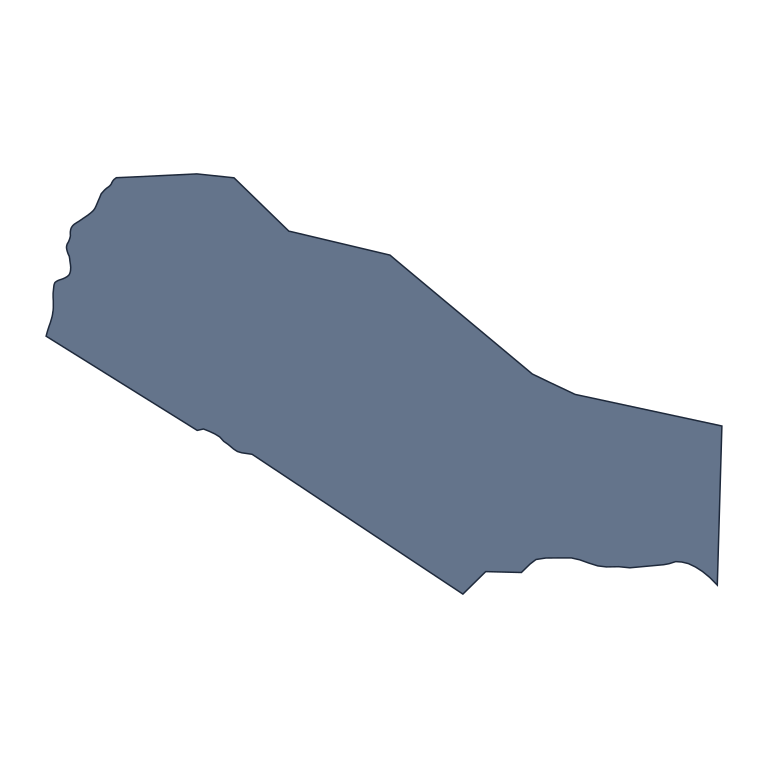 the district of Alubaren, Francisco Morazán, Honduras
{"feature_id": "27666195B63650973406682", "entity_name": "Alubaren", "entity_type": "district", "adm_level": 2, "iso_a3": "HND", "parent_name": "Honduras", "parent_adm1": "Francisco Morazán", "projection": "mercator", "projection_center": [-87.513, 13.786], "detail": "fine", "context": "isolated", "style": "filled", "palette": "slate", "viewbox_px": 768, "rotation_deg": 0, "n_neighbors": 0, "source": "geoboundaries", "source_scale": "gbopen_adm2", "svg_char_len": 4928}
<svg xmlns="http://www.w3.org/2000/svg" viewBox="0 0 768 768"><path d="M717.3,585.1L721.9,426.0L575.1,394.4L549.3,382.2L532.3,374.0L460.2,313.8L446.5,302.4L398.0,261.9L390.0,255.1L290.6,231.5L288.9,231.2L234.0,177.8L196.9,173.9L130.2,177.1L116.3,177.7L116.1,177.9L115.8,178.1L115.5,178.3L115.3,178.5L115.0,178.7L114.8,178.9L114.5,179.1L114.2,179.3L114.0,179.5L113.8,179.7L113.7,179.9L113.6,180.0L113.3,180.3L113.2,180.5L112.9,180.8L112.8,181.0L112.7,181.2L112.5,181.4L112.4,181.6L112.3,181.8L112.2,182.1L112.1,182.3L111.9,182.5L111.7,182.9L111.6,183.3L111.5,183.5L111.4,183.7L111.3,183.9L111.2,184.1L111.0,184.3L110.9,184.5L110.6,184.9L110.5,185.1L110.3,185.2L110.1,185.4L110.0,185.6L109.8,185.8L109.7,185.9L109.5,186.1L109.3,186.2L109.1,186.4L109.0,186.5L108.8,186.7L108.6,186.8L108.4,187.0L108.2,187.1L108.0,187.3L107.7,187.4L107.5,187.6L107.2,187.8L106.9,188.0L106.6,188.2L106.3,188.5L106.1,188.7L105.8,188.9L105.6,189.1L105.3,189.3L105.1,189.6L104.8,189.8L104.4,190.2L103.5,191.2L102.7,192.1L101.6,193.3L101.4,193.5L101.2,193.8L100.7,195.0L100.3,196.0L99.4,198.2L98.4,200.4L97.5,202.6L96.5,204.9L96.1,205.9L95.6,206.9L95.5,207.1L95.4,207.3L95.3,207.6L95.2,207.8L95.1,208.0L94.8,208.4L94.7,208.6L94.6,208.8L94.5,209.0L94.3,209.2L94.2,209.3L94.0,209.7L93.8,209.9L93.6,210.1L93.4,210.4L93.2,210.6L93.0,210.8L92.8,211.1L92.5,211.3L92.3,211.5L92.1,211.7L91.9,211.9L91.6,212.1L91.4,212.3L90.4,213.2L88.8,214.4L88.3,214.8L87.7,215.3L86.9,215.8L85.6,216.7L84.4,217.5L83.7,218.0L83.0,218.4L82.4,218.9L81.7,219.4L80.6,220.1L79.5,220.9L79.0,221.2L78.6,221.5L78.2,221.7L77.7,222.0L76.7,222.6L75.1,223.7L74.9,223.8L74.7,223.9L74.6,224.0L74.4,224.1L74.1,224.4L74.0,224.5L73.8,224.6L73.7,224.8L73.4,225.0L73.2,225.2L73.0,225.4L72.9,225.5L72.6,225.8L72.4,226.1L72.2,226.4L72.1,226.5L71.9,226.9L71.7,227.1L71.5,227.4L71.4,227.6L71.3,227.9L71.2,228.1L71.1,228.4L71.0,228.6L70.9,228.9L70.8,229.1L70.7,229.4L70.7,229.7L70.6,230.0L70.6,230.3L70.5,230.6L70.5,230.9L70.4,231.2L70.4,231.5L70.3,231.8L70.3,232.1L70.3,232.4L70.3,232.7L70.3,233.0L70.3,233.5L70.3,233.9L70.3,234.1L70.3,234.3L70.3,234.5L70.4,234.9L70.4,235.1L70.4,235.4L70.4,235.6L70.4,235.8L70.3,236.0L70.3,236.4L70.3,236.6L70.2,236.8L70.2,237.0L70.1,237.4L70.0,237.5L70.0,237.8L69.8,238.3L69.7,238.7L69.5,239.2L69.4,239.6L69.2,240.1L68.9,240.8L68.8,241.0L68.7,241.4L68.6,241.6L68.5,241.8L68.4,241.9L68.3,242.1L68.2,242.3L68.0,242.7L67.9,242.8L67.7,243.1L67.6,243.3L67.5,243.5L67.4,243.6L67.4,243.8L67.2,244.0L67.1,244.3L67.0,244.6L66.9,244.9L66.9,245.1L66.8,245.4L66.7,245.6L66.7,245.9L66.6,246.1L66.6,246.3L66.6,246.6L66.5,246.8L66.5,247.0L66.5,247.3L66.5,247.5L66.5,247.8L66.5,248.0L66.6,248.4L66.6,248.5L66.7,248.9L66.7,249.1L66.8,249.5L66.9,250.1L67.1,250.6L67.2,251.2L67.4,251.8L67.7,252.7L67.8,253.0L67.9,253.3L68.0,253.6L68.1,253.9L68.3,254.2L68.4,254.5L68.5,254.8L68.7,255.1L69.0,255.6L69.0,255.8L69.2,256.0L69.3,256.3L69.3,256.6L69.4,256.9L69.4,257.0L69.5,258.0L69.7,258.8L69.8,260.2L70.0,261.6L70.2,262.9L70.4,264.2L70.5,265.1L70.6,266.0L70.6,266.3L70.6,266.6L70.7,266.9L70.7,267.1L70.7,268.0L70.6,268.8L70.6,269.9L70.6,270.1L70.5,270.3L70.5,270.6L70.5,270.8L70.4,271.0L70.4,271.3L70.3,271.6L70.3,271.8L70.2,272.1L70.1,272.4L70.0,272.7L69.9,273.0L69.8,273.4L69.7,273.6L69.6,273.8L69.5,274.0L69.4,274.2L69.3,274.4L69.2,274.6L69.0,274.9L68.8,275.1L68.6,275.3L68.3,275.6L68.1,275.8L67.7,276.1L67.5,276.3L67.4,276.4L67.2,276.6L66.8,276.8L66.6,276.9L66.4,277.0L66.2,277.2L65.9,277.3L65.4,277.6L64.9,277.9L64.4,278.1L63.9,278.3L63.4,278.6L62.9,278.8L62.5,278.9L62.2,279.0L61.9,279.1L61.6,279.3L61.3,279.4L60.8,279.5L60.5,279.6L60.1,279.7L59.8,279.8L59.4,280.0L59.1,280.1L58.7,280.2L58.5,280.3L58.2,280.4L58.0,280.5L57.8,280.6L57.6,280.8L57.3,280.9L57.1,281.0L56.9,281.1L56.7,281.2L56.5,281.4L56.3,281.5L56.1,281.6L55.9,281.8L55.6,282.0L55.3,282.2L55.2,282.3L55.0,282.6L54.9,282.7L54.8,282.8L54.7,283.0L54.6,283.3L54.5,283.6L54.4,283.8L54.3,284.1L54.2,284.3L54.1,284.7L54.0,285.2L53.9,285.6L53.9,286.1L53.8,286.5L53.7,287.4L53.4,290.4L53.1,293.3L53.1,293.8L53.1,294.2L53.1,294.6L53.1,295.0L53.1,295.5L53.1,297.2L53.2,299.2L53.3,300.8L53.3,302.8L53.3,304.2L53.3,305.6L53.3,306.5L53.3,307.3L53.3,307.8L53.3,308.4L53.2,308.9L53.2,309.6L53.1,310.7L52.9,311.7L52.7,312.9L52.6,314.0L52.2,316.1L52.1,316.6L51.9,317.2L51.6,318.4L51.2,319.7L50.8,321.1L50.5,322.1L50.2,323.1L50.1,323.3L50.0,323.6L49.6,324.7L49.2,325.8L48.6,327.6L47.7,330.4L46.9,333.2L46.1,336.2L197.2,430.4L203.5,429.0L209.0,431.2L214.8,433.9L219.7,436.9L223.8,441.4L227.7,444.1L233.7,449.1L237.4,451.5L241.8,452.8L245.2,453.3L252.1,454.3L309.8,492.6L333.9,508.6L462.9,594.1L485.7,571.6L521.4,572.5L530.1,564.0L536.0,559.5L545.9,558.0L559.0,557.9L571.4,557.9L573.4,558.4L579.7,559.8L588.6,563.0L597.8,565.9L606.3,566.9L618.8,566.7L629.8,567.8L663.7,564.7L669.1,563.7L675.7,561.6L681.7,562.0L688.4,563.6L695.5,567.0L702.5,571.5L709.7,577.4L717.0,584.8L717.3,585.1Z" fill="#64748b" stroke="#1e293b" stroke-width="1.5"/></svg>